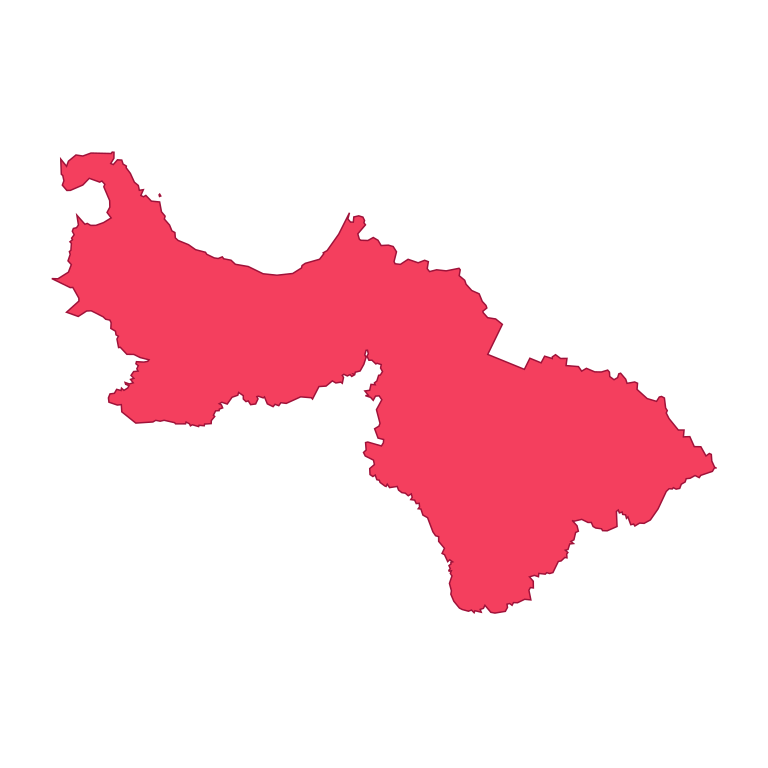 Puerto Vallarta, Jalisco, Mexico, rotated 91°
{"feature_id": "50627088B20857302677335", "entity_name": "Puerto Vallarta", "entity_type": "district", "adm_level": 2, "iso_a3": "MEX", "parent_name": "Mexico", "parent_adm1": "Jalisco", "projection": "robinson", "projection_center": [-105.162, 20.698], "detail": "fine", "context": "isolated", "style": "filled", "palette": "rose", "viewbox_px": 768, "rotation_deg": 91, "n_neighbors": 0, "source": "geoboundaries", "source_scale": "gbopen_adm2", "svg_char_len": 6131}
<svg xmlns="http://www.w3.org/2000/svg" viewBox="0 0 768 768"><g transform="rotate(91 384 384)"><path d="M284.4,718.0L293.1,699.4L292.9,696.8L303.5,690.6L306.4,690.5L317.8,702.7L321.8,690.9L316.2,682.6L315.9,678.0L321.7,666.0L324.1,663.4L324.9,659.2L327.5,657.9L333.2,658.1L335.9,653.4L339.5,652.8L340.9,650.4L343.7,651.8L352.2,650.0L351.9,648.3L358.8,641.6L358.8,634.6L361.8,628.3L363.9,619.4L365.5,620.6L366.3,624.5L366.0,631.9L368.1,632.4L370.0,630.0L373.1,631.4L375.4,630.1L375.9,634.5L379.8,637.1L382.7,634.2L383.8,637.5L387.2,634.8L388.4,638.6L387.0,642.9L388.8,642.3L390.1,639.0L392.4,640.1L394.9,643.9L392.7,646.4L395.1,646.8L394.0,651.2L398.0,653.4L398.7,657.8L402.7,659.3L407.0,658.7L409.7,650.3L409.2,646.3L416.4,645.7L427.4,631.5L426.0,614.4L424.3,611.6L425.1,607.1L424.1,603.2L426.3,592.7L427.5,591.7L427.3,581.7L425.5,581.2L427.2,577.8L429.2,576.8L428.1,574.9L429.8,568.6L428.5,568.2L428.9,563.0L427.2,562.7L426.6,556.1L423.6,556.0L419.4,552.7L418.2,554.0L413.8,551.9L413.5,548.4L412.0,548.2L410.7,544.9L407.7,546.2L406.6,548.4L405.1,545.8L406.8,540.4L399.9,535.7L397.8,530.0L395.0,529.2L398.1,524.5L401.5,524.4L404.0,521.7L403.3,519.4L407.0,517.0L406.2,512.0L401.1,509.7L398.8,510.9L398.4,509.4L400.0,504.5L399.0,503.3L405.9,500.3L408.6,494.5L406.2,492.6L407.5,488.8L404.5,486.8L405.1,481.4L398.3,467.1L399.0,456.4L400.3,455.2L387.7,449.0L387.1,441.9L381.8,435.7L383.8,432.2L382.9,427.2L384.0,425.7L378.2,424.6L376.1,425.9L375.0,424.3L376.6,420.8L375.2,418.1L377.0,416.4L375.5,413.9L374.6,414.8L374.9,413.4L372.7,412.9L371.4,408.1L364.7,404.5L357.7,402.4L355.1,403.7L350.6,402.5L350.5,401.1L354.1,400.2L356.4,401.5L360.5,399.5L360.4,396.5L364.1,392.5L363.4,391.3L364.6,387.1L368.1,387.7L371.6,385.7L375.1,387.8L375.4,389.5L381.1,391.2L383.1,393.6L384.9,392.8L384.6,397.0L390.5,398.2L391.3,403.0L395.5,399.5L396.0,402.4L397.6,397.2L400.5,394.5L396.3,392.3L395.9,388.7L399.8,385.9L409.8,391.1L423.4,387.3L426.2,388.3L428.9,392.6L438.2,389.0L439.5,383.4L442.8,383.6L446.0,385.5L442.3,399.2L442.9,401.4L450.3,400.7L452.8,403.3L456.3,401.5L460.3,393.2L464.7,392.2L468.8,396.8L474.8,396.4L476.7,393.5L475.2,391.2L479.8,389.5L480.3,387.0L482.5,386.2L486.0,381.3L486.4,380.1L484.1,379.0L487.5,376.6L486.2,369.0L489.8,367.6L492.3,364.3L492.8,360.8L495.3,357.8L493.4,354.8L496.8,353.8L499.1,355.2L499.6,351.3L503.0,349.7L502.7,346.7L506.3,346.3L508.1,347.6L508.4,344.9L514.4,342.8L516.9,338.1L531.0,332.5L534.8,329.8L535.7,326.7L540.4,326.6L547.2,320.7L552.4,323.0L553.6,320.5L560.5,317.2L558.6,315.2L560.6,312.3L561.1,314.0L562.8,313.9L564.4,315.9L567.5,314.5L569.1,315.9L570.0,315.6L569.6,313.4L572.2,314.4L574.7,312.7L582.2,315.1L589.6,313.0L593.0,313.5L600.0,310.4L606.7,304.7L608.1,301.9L609.7,295.6L608.5,292.6L611.1,289.9L609.1,289.1L610.5,282.8L607.7,283.9L606.6,280.7L603.5,279.2L610.4,273.2L611.1,269.1L609.2,258.7L605.2,256.6L602.0,257.2L601.3,254.5L603.0,252.1L600.3,250.7L600.4,246.7L596.8,239.6L597.3,233.4L587.7,235.5L585.0,234.1L585.3,231.1L578.6,231.3L574.3,235.2L572.7,230.3L574.0,226.2L570.7,225.9L571.3,219.4L569.8,218.0L570.6,215.1L569.6,211.8L558.4,206.6L557.8,203.8L554.3,200.2L554.6,198.0L550.9,198.4L549.3,197.2L547.0,199.8L546.2,197.1L540.7,195.5L540.2,191.8L538.1,194.4L536.5,191.4L529.1,189.8L527.8,187.1L522.4,188.5L517.1,193.5L517.9,191.8L515.9,183.9L518.9,177.6L518.8,174.3L522.8,172.5L524.3,169.8L525.0,164.0L526.8,162.9L526.9,158.3L522.4,148.5L507.4,149.4L505.9,147.6L508.8,146.4L507.9,143.6L510.2,143.1L510.6,140.2L514.1,139.2L512.6,137.8L520.4,134.8L519.7,131.9L521.6,130.7L518.6,126.0L518.8,121.5L515.3,115.3L504.1,107.8L486.5,99.9L483.7,97.1L483.9,93.9L482.6,92.9L484.0,90.1L483.2,86.5L479.0,85.0L476.7,81.2L473.4,80.2L472.9,76.3L470.1,71.4L472.1,67.2L469.8,65.7L465.6,54.1L461.9,52.0L462.4,50.0L461.4,52.0L455.3,54.9L448.7,55.5L447.8,57.5L450.3,60.8L441.2,66.1L441.2,72.7L431.3,77.3L431.6,83.7L424.8,83.2L424.9,88.9L413.6,98.4L408.1,101.3L405.6,100.3L403.1,102.0L393.1,103.4L391.6,106.3L392.2,108.5L396.6,111.2L394.0,120.6L385.0,130.9L378.8,130.5L377.6,133.4L379.1,141.0L375.0,142.4L369.1,147.6L369.7,149.4L373.5,150.5L375.7,154.1L372.6,158.4L368.2,158.8L366.2,160.6L368.2,166.9L368.2,173.5L364.8,181.9L367.7,186.6L363.2,189.9L362.4,202.3L355.2,201.5L355.4,207.9L351.7,213.0L354.0,216.2L355.6,216.2L353.4,223.9L360.1,227.3L355.7,238.6L366.9,243.9L352.6,280.8L322.3,266.7L317.0,273.5L315.9,281.5L310.9,286.1L309.5,286.4L306.2,282.5L303.7,283.4L299.7,287.2L292.2,290.4L289.0,297.9L282.8,303.7L278.9,305.1L274.4,310.7L268.5,309.8L267.0,311.0L269.8,323.8L268.9,333.4L270.8,340.4L268.0,342.8L260.9,341.8L259.6,345.5L262.2,352.0L258.9,362.1L264.1,369.7L263.6,375.0L261.4,376.1L251.6,373.8L246.4,377.2L245.1,382.0L245.6,389.3L240.4,392.5L237.7,397.3L240.8,402.6L240.7,409.8L239.6,411.2L234.3,412.8L225.2,405.3L223.1,406.9L220.9,406.3L217.5,408.0L216.3,412.2L217.5,417.1L222.7,417.5L222.7,420.3L219.6,423.0L213.4,421.5L235.0,431.9L251.6,443.2L253.9,447.1L254.9,446.5L260.4,450.6L264.7,464.8L267.0,468.0L269.4,468.5L275.1,477.2L277.1,492.9L275.9,506.8L268.9,521.8L266.9,534.7L262.9,539.1L261.6,546.4L259.7,547.9L261.4,552.0L260.9,555.9L257.4,563.5L255.4,564.8L253.0,574.7L248.1,581.9L244.0,592.5L241.5,595.2L236.2,595.7L234.6,598.7L228.8,601.2L222.9,606.5L220.0,605.8L215.7,609.5L205.9,611.5L205.2,619.8L199.6,625.4L201.0,627.7L199.8,630.4L193.9,628.0L194.6,632.0L189.8,633.1L186.6,637.1L177.8,641.3L172.3,645.6L170.6,645.4L168.7,648.7L164.7,650.1L164.5,654.4L169.3,658.5L168.3,661.1L163.1,658.0L157.0,658.0L156.9,659.8L158.3,660.8L158.2,681.0L161.3,689.1L160.4,696.0L166.7,703.4L171.9,705.2L164.8,711.1L179.9,710.3L181.2,708.8L186.4,707.6L190.8,709.1L196.0,704.5L195.9,701.0L190.3,688.6L183.5,682.3L187.1,671.8L186.0,669.6L189.2,666.6L191.7,667.6L205.4,661.5L212.0,661.2L217.3,663.9L222.7,659.7L227.5,667.2L230.4,674.8L230.5,680.1L228.6,683.5L229.5,685.8L220.6,694.0L230.4,692.3L233.1,694.2L233.9,697.3L236.7,698.3L240.2,696.4L243.6,698.9L245.2,698.0L247.3,700.5L248.8,699.0L255.8,699.4L257.1,700.9L259.8,700.0L266.4,702.1L270.1,698.7L277.7,701.5L284.5,711.9L284.4,718.0ZM200.4,611.7L199.9,610.5L198.1,611.6L198.8,612.2L200.4,611.7Z" fill="#f43f5e" stroke="#9f1239" stroke-width="1.5"/></g></svg>